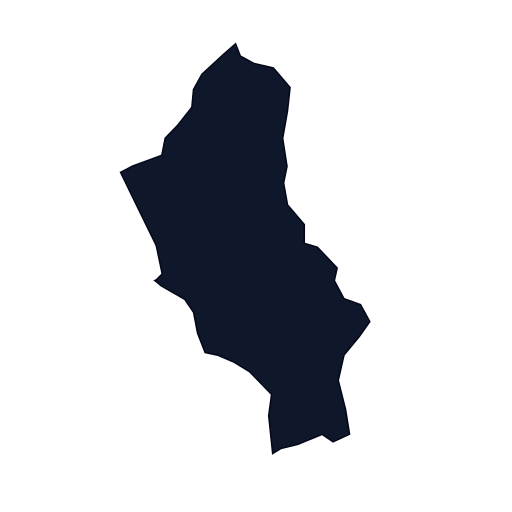 Forshaga, Värmland, Sweden (orthographic projection), rotated 335°
{"feature_id": "70781695B94802593774032", "entity_name": "Forshaga", "entity_type": "district", "adm_level": 2, "iso_a3": "SWE", "parent_name": "Sweden", "parent_adm1": "Värmland", "projection": "orthographic", "projection_center": [13.541, 59.66], "detail": "fine", "context": "isolated", "style": "filled", "palette": "ink", "viewbox_px": 512, "rotation_deg": 335, "n_neighbors": 0, "source": "geoboundaries", "source_scale": "gbopen_adm2", "svg_char_len": 810}
<svg xmlns="http://www.w3.org/2000/svg" viewBox="0 0 512 512"><g transform="rotate(335 256 256)"><path d="M153.9,235.4L157.6,243.2L173.1,265.2L175.6,280.7L170.4,301.3L169.1,322.0L179.4,329.8L191.0,342.7L201.3,358.2L211.6,388.0L200.0,406.1L187.6,442.1L197.2,441.0L214.3,444.4L240.5,445.6L247.3,457.0L265.5,457.0L272.3,433.1L278.0,403.5L293.9,383.0L315.5,372.7L331.4,363.6L330.2,344.3L317.7,331.8L316.6,311.4L324.5,301.2L315.4,274.0L305.1,264.9L313.1,247.9L306.2,223.0L311.9,201.5L322.0,187.9L329.9,160.7L345.7,138.1L358.1,117.7L352.6,97.8L351.2,92.9L335.4,80.5L326.3,68.1L327.2,55.0L312.1,59.4L283.8,68.4L269.7,78.7L260.7,94.1L240.2,104.4L223.5,110.8L213.2,124.9L182.3,122.3L168.6,122.9L169.3,166.0L170.0,204.4L163.4,232.6L155.4,235.5L153.9,235.4Z" fill="#0f172a" stroke="#020617" stroke-width="1.5"/></g></svg>